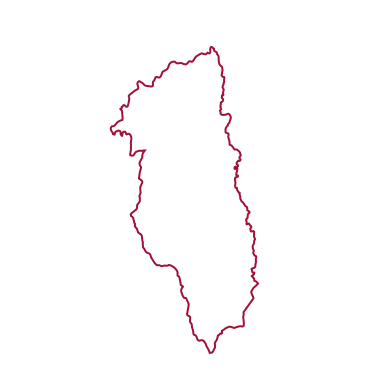 Son Tay, Kon Tum, Vietnam, rotated 203°
{"feature_id": "81297802B56181672233009", "entity_name": "Son Tay", "entity_type": "district", "adm_level": 2, "iso_a3": "VNM", "parent_name": "Vietnam", "parent_adm1": "Kon Tum", "projection": "natural_earth1", "projection_center": [108.348, 14.969], "detail": "fine", "context": "isolated", "style": "outline", "palette": "rose", "viewbox_px": 384, "rotation_deg": 203, "n_neighbors": 0, "source": "geoboundaries", "source_scale": "gbopen_adm2", "svg_char_len": 6081}
<svg xmlns="http://www.w3.org/2000/svg" viewBox="0 0 384 384"><g transform="rotate(203 192 192)"><path d="M227.7,332.4L228.6,332.5L230.2,333.2L231.0,333.1L231.3,332.1L231.3,331.1L229.7,327.7L229.9,326.7L230.7,326.2L232.1,326.3L232.7,324.8L233.3,324.1L234.5,323.7L237.1,323.5L238.1,322.6L240.9,318.7L241.5,317.2L242.3,312.8L242.8,312.0L243.6,311.6L244.7,311.7L245.5,311.3L246.1,310.3L246.4,309.0L247.0,307.7L247.8,306.9L249.7,306.6L251.9,306.6L253.2,306.1L255.9,304.6L257.3,304.7L258.8,305.3L260.8,304.3L261.8,303.2L262.5,301.9L262.8,300.5L262.6,296.1L263.5,294.3L265.8,291.6L266.1,290.5L265.9,287.6L266.1,285.7L266.5,284.9L267.0,284.5L268.0,284.2L269.5,284.2L270.3,283.5L270.4,279.6L270.9,278.6L270.7,277.2L269.5,274.7L269.6,274.3L269.9,273.7L271.4,272.9L276.4,271.7L277.4,271.8L279.9,272.9L283.2,273.4L284.0,273.3L284.5,272.7L284.7,272.1L284.8,271.2L284.4,269.9L282.2,267.2L282.0,266.1L282.1,265.6L283.9,263.4L285.3,261.0L287.4,257.1L287.8,256.0L287.5,255.1L286.7,254.2L286.1,253.2L285.0,248.3L284.7,246.2L285.1,245.2L285.5,244.8L286.0,244.8L288.0,245.5L288.8,245.3L289.1,244.9L289.3,243.9L289.9,243.0L289.4,242.3L290.4,240.4L289.8,240.0L288.8,239.9L287.9,239.0L285.0,233.4L284.2,231.2L286.2,229.4L287.9,227.1L289.3,222.8L289.7,222.2L291.4,221.1L291.8,219.5L291.5,218.5L290.6,217.1L287.3,215.0L287.3,214.4L286.0,214.4L285.7,214.8L286.0,216.1L285.9,217.4L284.6,219.1L283.4,219.9L282.0,219.9L281.5,219.7L281.1,219.2L280.7,218.1L280.2,217.4L279.1,216.5L278.4,216.4L278.4,217.1L279.0,219.6L278.8,220.2L278.2,220.9L277.0,221.3L275.8,220.4L275.1,219.5L274.6,219.5L273.4,220.7L272.3,220.9L271.6,220.7L269.9,219.5L268.8,217.9L267.4,213.0L266.5,211.5L264.6,206.5L263.7,202.7L263.4,202.0L262.9,201.7L261.3,202.1L260.4,202.6L260.0,203.7L259.6,206.2L259.2,207.1L257.2,209.0L255.6,209.9L254.6,210.1L252.8,211.3L251.6,211.8L252.4,208.6L252.0,206.1L251.3,204.6L251.3,203.8L251.7,200.2L251.7,198.7L251.4,197.6L250.5,196.3L248.8,195.1L248.4,194.5L247.6,189.1L246.1,183.7L242.8,182.9L242.1,182.4L241.6,181.7L241.4,181.0L241.6,178.1L241.4,175.8L238.9,170.9L238.9,168.5L238.6,167.1L237.7,166.3L236.9,164.1L236.5,163.5L236.4,162.8L237.4,158.6L236.4,155.7L236.4,154.2L239.4,148.7L239.7,147.6L239.0,146.4L238.6,146.1L237.1,145.8L236.0,145.1L233.1,141.1L231.8,140.3L231.2,138.3L230.9,137.9L228.2,136.5L225.9,133.8L225.2,133.5L222.6,133.1L221.8,132.7L220.7,131.6L219.0,128.3L217.6,126.5L217.2,125.6L217.1,124.8L216.2,123.5L215.7,122.1L213.7,121.0L211.7,119.3L210.4,118.6L207.6,118.7L206.7,118.5L205.9,118.0L203.8,115.6L198.6,112.0L196.2,111.0L195.3,111.1L193.6,111.8L191.5,111.8L190.9,111.9L189.0,113.3L186.0,114.5L185.2,115.2L184.9,115.8L183.5,116.0L181.6,116.1L178.6,115.4L177.1,114.8L174.8,113.5L173.8,112.2L172.9,109.9L172.3,109.3L171.3,109.2L170.5,108.8L168.3,105.8L166.3,102.5L166.0,102.1L164.1,101.7L163.3,101.3L163.8,100.0L163.8,98.9L163.6,97.4L163.0,96.0L161.1,94.2L160.6,93.4L158.9,92.0L157.8,91.5L156.0,92.0L151.7,88.1L151.2,87.4L150.5,85.2L148.9,77.8L148.3,77.0L147.6,76.7L145.4,76.5L144.9,76.2L144.5,75.4L143.2,72.0L142.2,71.1L140.6,70.2L139.3,67.7L136.8,64.8L135.2,61.9L134.2,61.3L133.0,61.5L131.6,60.9L129.4,58.4L128.6,58.0L127.3,57.9L125.7,59.1L124.8,59.6L123.3,59.5L122.5,59.2L120.2,57.7L118.5,55.8L114.8,53.0L112.8,50.8L110.8,52.1L110.4,53.0L110.1,57.6L110.5,59.2L111.9,61.6L112.0,62.3L111.4,65.8L111.7,68.3L112.1,69.9L111.1,71.4L110.8,72.6L109.6,73.0L109.2,73.7L109.2,74.1L110.2,75.4L110.2,76.0L108.7,78.1L108.0,79.4L105.4,82.4L103.5,83.1L100.1,83.3L96.9,86.2L94.9,87.4L92.7,88.0L92.2,88.7L92.3,89.5L92.9,91.4L96.2,97.2L96.5,99.4L97.6,101.5L93.9,117.9L94.2,118.7L97.2,121.6L98.4,123.0L98.5,123.4L98.0,127.7L96.7,130.3L95.4,133.5L97.3,134.4L98.4,134.7L100.0,134.7L101.0,136.6L101.9,136.8L102.8,137.5L104.1,137.9L104.1,138.3L102.9,140.1L103.0,141.9L103.3,142.1L104.3,141.5L104.9,141.6L107.1,144.4L107.1,144.6L105.0,146.6L104.6,147.6L104.7,148.5L105.4,150.5L105.7,152.4L107.2,155.6L107.4,157.3L108.0,157.9L109.5,158.0L111.4,159.3L111.9,160.1L112.2,162.2L113.9,163.8L114.6,164.8L115.0,166.0L114.9,169.0L115.6,171.3L115.6,173.3L117.5,175.2L119.2,179.6L119.6,179.9L120.2,180.0L121.7,178.9L122.5,178.9L124.0,180.9L124.0,181.6L123.6,182.3L123.7,182.8L124.0,183.4L125.6,184.0L127.1,185.1L127.7,185.0L128.2,184.2L128.8,183.7L129.1,183.7L129.4,183.9L129.8,185.4L131.4,187.8L130.8,189.8L131.8,193.3L131.7,194.3L131.0,195.3L131.2,196.1L132.3,196.5L134.0,196.9L135.1,199.2L135.4,199.5L137.5,200.0L140.9,202.3L142.6,202.7L144.9,204.7L145.5,205.8L145.7,206.6L147.2,208.2L147.6,209.6L148.2,209.5L148.8,210.1L149.3,210.1L151.3,211.6L152.3,213.3L152.8,213.0L153.8,213.1L154.5,214.0L155.6,217.3L157.8,221.4L157.6,222.4L156.0,223.8L155.8,224.3L156.0,224.9L156.3,225.1L157.6,224.8L158.0,225.1L158.5,226.6L158.9,230.0L159.5,231.4L160.0,231.4L161.3,230.0L161.9,230.1L162.3,230.7L162.4,231.7L162.2,232.0L161.7,232.5L160.5,232.4L160.1,232.8L159.8,234.0L160.0,234.5L160.5,234.8L161.7,235.1L162.2,236.0L162.2,237.2L161.6,239.0L160.3,239.2L159.9,239.9L160.1,240.9L161.5,241.8L161.9,242.6L161.5,244.4L161.7,245.3L162.5,245.8L162.8,246.6L164.3,247.7L167.3,248.6L169.5,247.8L170.4,248.2L171.6,249.2L172.5,249.5L173.7,250.3L175.7,250.2L176.3,251.0L177.0,252.8L180.2,256.9L180.8,259.5L181.6,260.0L184.1,259.9L184.4,260.1L185.7,262.9L185.8,263.9L185.6,265.9L185.0,267.2L185.3,268.2L185.3,268.9L184.6,270.4L185.0,272.4L185.0,274.2L185.4,275.8L186.4,277.0L188.2,278.2L188.9,278.3L189.8,277.8L191.2,276.3L193.7,275.0L195.0,274.7L195.6,274.9L196.5,275.5L196.8,276.7L198.1,277.8L197.6,279.8L199.0,281.2L199.1,282.0L199.6,282.6L199.8,284.4L200.4,285.5L200.3,285.9L199.4,287.1L199.2,288.7L199.9,289.7L201.3,290.3L201.6,290.8L201.6,291.6L202.1,292.7L201.2,293.3L201.1,293.8L202.0,294.8L202.4,296.3L202.5,297.4L203.0,298.9L204.5,300.0L204.9,300.6L205.2,302.4L205.0,303.4L205.5,304.8L205.3,305.9L206.2,307.4L206.7,309.7L207.3,310.3L208.4,310.0L209.1,310.2L210.5,311.1L210.6,311.6L210.6,312.6L211.0,313.5L211.4,315.9L213.1,318.8L214.9,319.4L216.5,320.2L218.7,323.1L219.7,325.7L220.7,327.5L221.4,328.0L222.6,328.6L223.5,329.8L224.0,330.2L225.6,330.4L226.9,330.8L227.7,332.4Z" fill="none" stroke="#9f1239" stroke-width="2"/></g></svg>